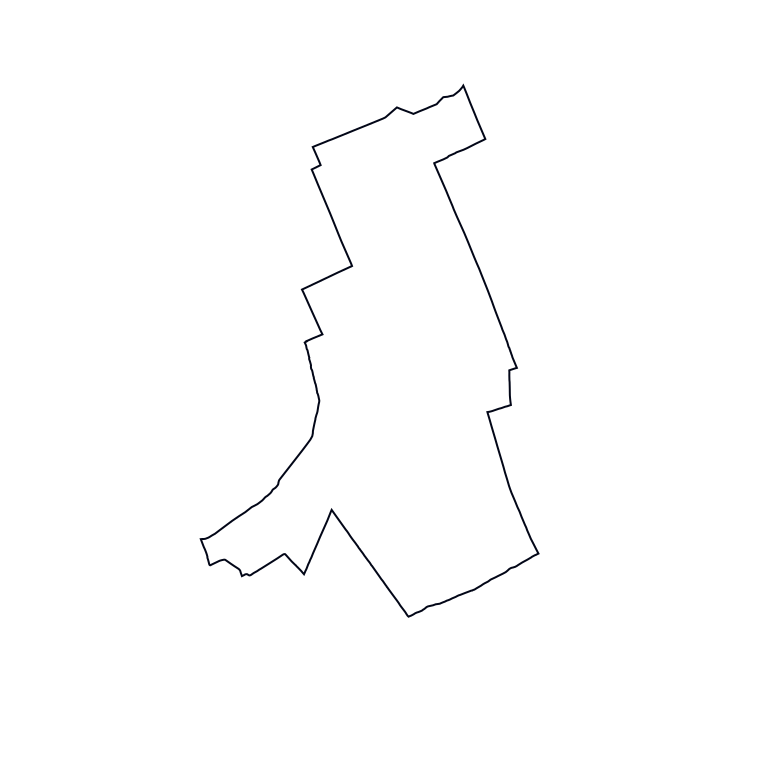 outline of Apele Vii, Dolj, Romania, rotated 321°
{"feature_id": "2599482B31738911385156", "entity_name": "Apele Vii", "entity_type": "district", "adm_level": 2, "iso_a3": "ROU", "parent_name": "Romania", "parent_adm1": "Dolj", "projection": "albers", "projection_center": [24.043, 44.082], "detail": "fine", "context": "isolated", "style": "outline", "palette": "ink", "viewbox_px": 768, "rotation_deg": 321, "n_neighbors": 0, "source": "geoboundaries", "source_scale": "gbopen_adm2", "svg_char_len": 6142}
<svg xmlns="http://www.w3.org/2000/svg" viewBox="0 0 768 768"><g transform="rotate(321 384 384)"><path d="M624.6,230.9L628.0,219.5L630.7,211.1L632.9,203.9L633.4,202.0L631.8,202.6L629.3,203.1L626.9,203.5L625.4,203.5L622.9,203.5L619.4,203.4L617.8,202.5L616.2,201.7L614.2,200.8L612.7,199.8L611.2,198.8L610.7,198.5L610.0,198.4L609.1,198.6L605.2,199.0L601.0,199.7L593.4,197.4L590.6,196.7L583.2,194.4L576.8,192.6L575.9,190.8L573.8,187.2L570.3,181.3L568.2,177.4L568.1,177.2L567.8,177.2L552.9,177.7L550.3,177.1L539.0,173.7L520.0,167.9L503.8,163.0L497.8,161.2L494.0,159.9L490.9,159.0L480.2,155.7L477.8,155.0L476.3,160.7L473.5,170.8L472.6,173.7L472.5,174.0L462.8,171.8L461.7,175.7L458.3,187.1L449.4,217.8L446.5,227.3L443.0,238.6L440.7,246.2L434.2,269.8L433.4,272.2L426.7,270.5L418.1,268.3L405.6,265.3L381.3,259.4L379.7,259.0L378.9,262.5L375.5,275.3L373.3,283.6L369.6,297.7L368.5,301.8L367.4,306.7L357.3,303.7L351.7,302.2L350.6,301.8L350.4,301.8L350.4,302.2L348.5,301.9L347.7,305.0L346.5,307.2L346.0,308.2L345.8,309.6L344.2,312.8L342.7,316.0L342.5,316.6L342.1,316.8L341.5,317.6L340.7,319.8L339.4,322.8L338.9,323.7L338.1,324.5L337.0,326.3L336.7,328.2L335.6,330.5L335.3,331.0L334.8,331.9L334.0,333.6L333.9,334.1L333.7,334.5L333.5,334.9L333.2,335.1L332.0,337.9L331.1,339.8L330.7,341.2L329.9,342.8L329.1,344.3L328.8,345.0L328.7,345.1L328.2,345.9L327.7,346.7L327.5,347.3L326.7,348.5L326.4,349.1L326.3,349.9L326.1,350.4L325.5,351.9L324.3,354.2L323.8,355.2L323.4,356.0L322.7,356.8L321.8,357.6L320.6,358.5L318.5,360.3L315.0,363.5L313.5,364.6L312.3,365.3L310.6,366.5L309.2,367.5L308.2,368.5L306.9,369.5L304.5,371.4L302.8,372.8L299.2,375.8L297.6,377.6L295.4,379.4L291.7,380.9L286.0,382.4L278.3,384.3L267.6,386.8L242.5,392.6L241.4,393.1L239.8,394.3L239.2,394.9L238.4,395.5L236.6,396.0L234.8,396.3L233.8,396.3L231.6,396.1L231.0,396.1L228.9,396.9L227.3,397.3L226.0,397.4L222.9,397.5L221.6,397.3L220.0,397.3L218.4,397.6L216.1,397.9L212.3,397.8L210.0,397.7L206.9,397.1L203.7,396.4L195.6,396.3L188.3,395.5L179.9,394.8L169.6,394.4L164.5,394.2L160.7,394.1L158.1,394.0L157.2,393.8L154.8,393.4L152.9,393.2L150.9,392.9L149.7,392.5L148.4,392.1L147.6,391.8L147.3,391.6L146.3,391.0L145.4,390.2L144.0,389.3L143.1,392.0L141.4,397.2L140.7,400.0L139.7,403.1L138.8,405.5L138.0,407.2L137.4,407.9L136.7,409.8L135.6,412.3L135.2,413.1L134.8,414.0L134.6,414.7L134.6,415.1L134.9,415.5L135.2,415.7L135.7,415.7L142.4,417.3L144.5,417.8L145.5,418.1L147.3,418.9L149.2,419.9L149.7,420.4L150.0,420.8L151.7,426.8L153.0,431.1L154.6,436.0L154.8,437.0L154.8,438.0L154.6,439.0L154.0,440.3L153.1,442.8L152.7,443.9L154.8,444.4L156.3,444.6L157.3,445.1L158.0,445.8L158.4,447.0L158.8,447.9L159.3,448.3L159.8,448.5L160.7,448.7L162.5,448.8L163.8,448.9L165.5,449.2L167.7,449.6L170.3,449.8L172.1,450.1L182.1,451.3L191.5,452.4L198.1,453.0L199.2,453.3L199.8,453.7L200.1,454.1L200.2,455.5L200.5,462.0L200.6,463.9L201.2,468.9L201.4,469.7L201.3,470.5L201.5,471.7L201.7,473.9L202.0,477.4L202.0,478.7L202.1,481.5L204.1,480.5L205.6,479.7L206.6,479.3L208.1,478.5L211.7,476.4L214.1,475.3L216.0,474.2L218.4,473.1L222.3,470.9L231.6,466.1L237.9,462.7L254.0,454.5L262.0,450.0L264.1,448.9L262.6,473.2L262.6,475.3L262.4,477.8L262.1,480.4L262.0,481.8L261.9,483.4L261.8,485.2L261.7,489.5L261.5,492.7L261.5,493.8L261.5,494.1L261.3,494.6L261.2,496.1L261.2,496.5L261.3,496.8L261.2,497.1L261.1,499.1L261.0,502.4L260.7,505.4L260.7,506.7L260.6,508.0L260.6,509.0L260.5,510.4L260.5,512.1L260.5,513.7L260.3,515.6L260.1,516.9L260.2,517.8L259.4,530.0L259.1,533.9L259.1,536.6L259.0,537.9L258.9,538.9L258.8,540.5L258.7,541.5L258.7,542.7L258.6,543.2L258.5,543.6L258.6,544.1L258.5,545.2L258.4,546.9L258.1,553.1L257.9,557.6L257.8,560.2L257.6,563.6L257.3,565.8L257.2,567.3L257.0,574.2L256.9,575.4L256.7,576.6L256.6,578.0L256.5,578.8L256.6,579.7L256.7,580.3L257.6,580.5L259.4,581.1L261.4,581.5L262.7,581.7L264.0,581.8L265.8,582.3L267.2,582.9L268.8,583.4L270.2,583.8L271.0,584.0L271.8,584.0L272.5,584.0L273.7,584.2L275.8,584.2L276.4,584.1L277.0,584.2L277.7,584.4L278.2,584.5L279.6,585.2L283.0,586.9L284.0,587.2L284.8,587.5L285.5,587.7L286.3,588.2L287.3,588.8L288.3,589.4L289.2,589.9L290.1,590.1L292.5,590.8L294.2,591.4L295.6,591.7L296.5,591.9L297.5,592.3L298.3,592.6L299.7,593.0L302.1,593.5L303.8,594.0L305.5,594.5L306.4,594.7L307.6,594.9L308.4,595.1L309.2,595.3L310.1,595.7L311.6,596.2L313.2,596.7L315.4,597.4L319.3,598.7L321.8,599.5L322.8,600.1L323.8,600.2L324.8,600.7L325.7,600.8L327.4,601.0L332.6,601.8L334.5,601.9L336.7,602.2L340.4,603.0L342.2,603.1L343.6,603.1L344.5,603.3L348.9,604.4L351.8,605.0L357.0,606.2L360.2,606.8L362.4,606.8L363.8,606.7L365.2,606.6L366.1,606.8L367.2,607.0L368.8,607.8L370.8,608.6L371.7,608.8L372.8,609.0L374.3,609.1L379.2,609.7L385.1,610.8L389.2,611.4L390.2,611.4L392.3,611.8L392.9,611.9L393.4,612.0L394.5,612.4L395.2,612.5L397.3,613.0L398.2,608.6L399.7,601.6L400.7,596.7L402.0,592.2L403.2,587.8L404.2,585.0L404.9,582.1L406.3,577.3L407.3,573.8L408.1,571.4L409.0,568.7L409.6,566.3L410.2,563.8L411.2,560.5L411.8,558.6L413.1,554.1L413.9,551.3L414.6,548.8L416.0,544.7L417.1,541.7L419.7,535.5L422.3,529.0L424.6,523.8L427.1,517.8L432.7,504.2L435.6,497.4L441.0,484.4L443.7,478.1L446.0,472.5L446.7,470.9L448.4,471.9L450.3,472.8L451.8,473.4L452.7,473.7L454.3,474.3L457.1,475.3L458.1,475.7L459.8,476.5L460.6,476.8L463.8,477.9L465.9,478.9L468.4,479.8L469.4,480.2L470.9,477.7L472.3,475.5L473.3,474.0L474.7,472.0L477.2,468.8L478.4,467.3L482.8,461.6L484.0,459.8L486.8,456.2L488.8,453.8L489.9,452.3L490.0,452.2L495.5,454.3L497.4,455.1L500.6,444.1L501.3,442.5L501.8,440.9L502.6,438.9L502.7,438.2L502.9,437.9L503.1,437.6L503.4,436.4L504.0,435.1L504.0,434.8L504.2,433.6L504.6,432.5L505.0,431.7L506.2,428.9L507.1,425.9L508.8,421.3L510.2,416.3L511.1,413.9L514.4,403.7L516.2,398.2L517.5,394.4L518.9,390.4L519.7,388.2L523.4,377.0L528.5,360.6L530.5,354.3L532.1,348.4L533.9,342.2L538.6,326.8L541.4,317.2L545.9,300.1L548.1,292.2L549.2,288.9L552.1,278.9L553.8,273.3L559.4,253.0L561.7,244.7L562.0,244.0L564.9,244.8L571.5,246.8L575.8,247.8L578.0,247.6L578.7,247.8L580.8,248.4L584.8,249.5L585.9,249.5L593.2,252.0L597.1,253.0L606.6,255.0L614.9,257.0L616.9,257.4L622.5,237.7L624.6,230.9Z" fill="none" stroke="#020617" stroke-width="2"/></g></svg>